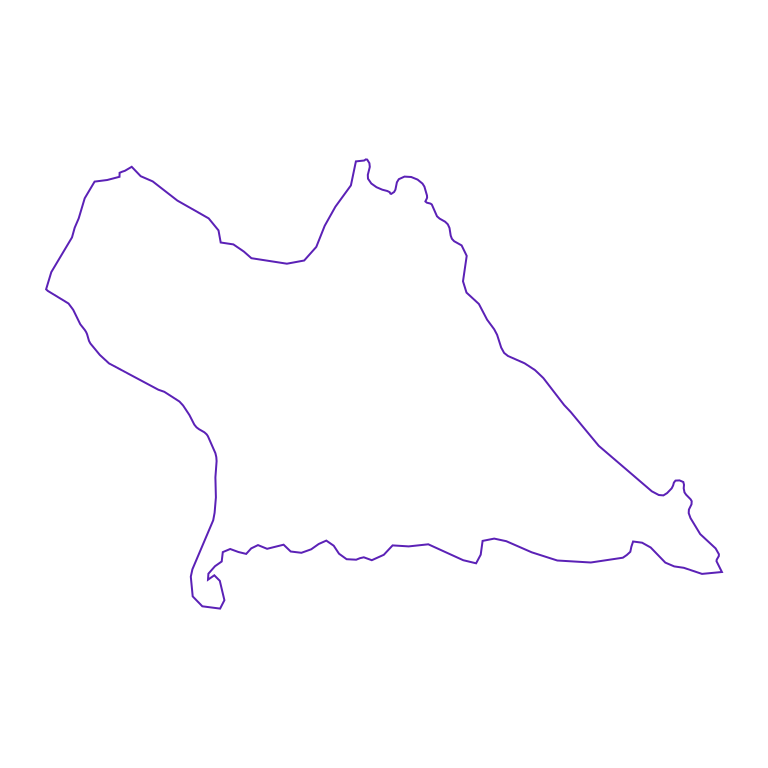 Khammouan, orthographic projection
{"feature_id": "LAO-3293", "entity_name": "Khammouan", "entity_type": "Province", "adm_level": 1, "iso_a3": "LAO", "parent_name": "Laos", "parent_adm1": "", "projection": "orthographic", "projection_center": [105.341, 17.58], "detail": "fine", "context": "isolated", "style": "outline", "palette": "violet", "viewbox_px": 768, "rotation_deg": 0, "n_neighbors": 0, "source": "natural_earth", "source_scale": "10m", "svg_char_len": 2498}
<svg xmlns="http://www.w3.org/2000/svg" viewBox="0 0 768 768"><path d="M192.7,596.4L190.8,576.7L192.4,569.3L213.2,520.3L214.6,512.8L215.9,497.4L215.4,477.4L216.6,461.1L216.3,457.1L215.4,453.2L207.9,436.2L206.7,434.4L204.4,432.3L199.0,429.2L196.5,427.3L194.3,424.6L189.4,415.0L183.1,405.5L179.4,401.5L164.3,391.8L158.3,389.7L109.0,363.4L99.8,354.9L90.4,343.5L89.0,340.9L87.1,334.3L86.2,332.2L84.9,330.1L80.3,324.3L73.2,309.8L68.5,303.5L47.8,290.9L46.1,289.3L51.3,272.1L72.0,237.4L74.7,227.7L78.7,218.4L84.7,198.3L94.6,181.6L107.2,180.0L119.5,176.8L119.6,172.8L122.2,171.7L124.9,170.8L131.7,166.8L140.7,176.2L152.7,181.4L177.4,200.6L208.7,218.4L218.5,230.4L220.7,242.5L233.4,244.4L243.9,251.6L251.4,258.2L286.9,263.7L304.2,260.5L316.3,246.9L324.7,225.8L335.4,206.7L350.9,185.4L355.9,161.4L364.2,160.5L365.8,159.4L367.2,159.6L369.4,163.2L369.8,166.9L367.8,174.9L368.0,178.7L371.3,183.5L376.5,187.2L382.3,189.7L387.3,191.0L389.7,192.2L390.4,193.6L391.2,193.9L394.1,192.0L395.4,189.7L396.9,182.3L398.8,179.2L404.5,176.6L411.2,177.0L417.6,179.6L422.5,183.6L424.4,186.6L427.0,195.6L427.1,197.7L426.4,199.4L425.7,200.7L425.4,201.5L426.9,202.7L430.5,203.6L431.8,204.5L437.0,216.3L439.6,218.6L445.1,221.7L447.8,224.3L449.5,228.0L450.7,235.6L451.9,238.8L454.1,241.2L461.6,245.4L465.9,254.2L466.7,255.9L463.0,281.3L466.5,292.6L478.9,304.0L487.1,319.7L494.2,329.3L497.1,334.8L501.2,347.6L504.1,352.9L508.0,356.0L524.6,363.3L535.0,370.1L543.3,378.0L564.1,405.0L570.8,412.1L598.7,445.8L651.8,491.3L658.8,495.0L663.4,495.4L667.1,493.1L671.7,488.3L673.1,485.5L673.9,482.6L675.5,480.6L679.5,480.4L683.3,482.0L684.0,484.8L683.7,488.3L684.5,492.4L686.1,494.7L690.6,499.3L691.7,501.2L691.5,504.3L688.9,509.6L688.7,513.1L690.5,518.1L700.2,534.1L715.6,548.4L718.9,554.2L718.8,556.1L716.7,559.7L716.5,561.2L721.9,572.0L702.0,573.9L683.8,567.8L674.2,566.4L665.3,562.6L650.7,547.5L642.1,542.7L633.1,541.5L631.4,546.6L630.3,551.8L626.8,555.0L622.9,557.7L590.8,562.5L557.3,560.5L531.7,552.3L506.3,541.2L494.2,538.6L482.6,540.9L480.7,554.7L476.1,563.3L463.2,560.2L428.3,544.3L408.7,546.4L392.6,545.4L383.8,554.8L371.8,560.2L363.8,557.3L359.9,558.2L356.2,559.7L346.6,559.2L339.0,553.7L333.7,545.7L326.3,540.6L318.7,544.0L311.2,549.3L301.4,552.8L290.7,551.5L283.6,544.7L267.1,548.8L258.0,545.1L251.2,548.4L246.2,553.9L238.4,552.0L230.2,549.0L222.8,552.1L221.7,561.5L215.0,566.2L208.4,573.7L208.0,579.7L214.3,575.3L219.8,580.8L224.4,600.2L220.1,608.6L202.3,606.3L192.7,596.4Z" fill="none" stroke="#5b21b6" stroke-width="2"/></svg>